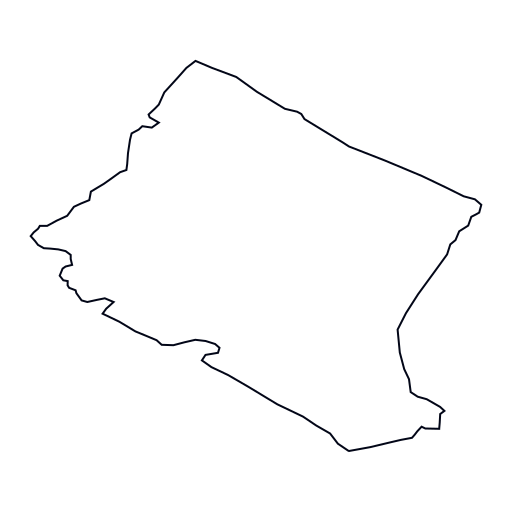 the district of Lycksele, Västerbotten, Sweden
{"feature_id": "70781695B44534775351427", "entity_name": "Lycksele", "entity_type": "district", "adm_level": 2, "iso_a3": "SWE", "parent_name": "Sweden", "parent_adm1": "Västerbotten", "projection": "robinson", "projection_center": [18.314, 64.665], "detail": "fine", "context": "isolated", "style": "outline", "palette": "ink", "viewbox_px": 512, "rotation_deg": 0, "n_neighbors": 0, "source": "geoboundaries", "source_scale": "gbopen_adm2", "svg_char_len": 1636}
<svg xmlns="http://www.w3.org/2000/svg" viewBox="0 0 512 512"><path d="M142.3,126.2L138.7,129.6L131.6,133.4L130.0,139.8L128.0,153.1L127.2,164.0L126.4,170.0L120.1,172.2L111.8,178.2L103.9,183.8L90.9,191.6L89.3,200.1L81.0,203.5L73.9,206.8L67.2,215.8L56.6,220.7L47.1,225.9L39.8,225.9L38.1,228.7L33.7,232.4L30.7,236.1L35.1,241.1L38.0,244.9L43.8,248.2L50.3,248.6L58.3,249.4L65.6,251.1L70.7,254.9L70.7,259.0L72.1,264.9L65.6,266.5L62.6,268.6L59.7,275.7L63.3,280.3L67.7,281.1L67.6,285.3L69.1,287.8L75.6,290.3L76.4,293.2L81.6,300.4L87.3,302.0L96.8,299.9L104.8,298.3L113.6,302.0L106.2,308.7L102.6,313.7L119.3,321.7L135.4,331.4L145.6,335.6L156.6,340.2L161.7,344.8L173.4,345.2L184.4,342.3L195.3,339.8L205.6,341.0L215.1,344.0L219.5,347.8L218.0,352.8L205.5,354.9L201.9,360.4L211.4,367.1L228.2,375.1L248.7,387.0L277.3,404.3L303.0,416.6L316.2,425.5L330.1,433.5L337.9,443.7L348.7,451.0L348.4,451.1L370.4,447.1L390.1,442.4L400.8,439.9L412.0,437.8L414.7,434.7L417.3,431.3L421.6,426.7L425.3,428.5L439.2,428.8L439.2,428.7L439.7,422.9L440.2,414.0L444.4,410.9L440.1,406.9L426.7,399.2L417.7,396.7L410.7,392.1L409.0,379.2L404.2,369.1L399.8,352.5L397.6,329.6L406.0,313.1L418.1,294.2L435.5,270.4L447.1,254.4L450.3,244.4L455.5,240.1L459.2,231.3L468.2,225.6L471.3,216.8L476.0,214.4L479.2,212.6L481.3,204.8L474.9,199.3L463.7,196.3L446.2,187.6L421.7,175.9L385.1,160.6L349.0,146.5L342.7,142.4L320.9,129.1L304.5,119.1L301.3,114.0L297.1,111.7L284.9,108.8L256.9,91.8L236.3,77.0L212.0,67.9L195.5,60.9L186.4,67.9L177.7,77.7L164.3,92.4L158.8,104.6L155.1,108.4L148.6,114.5L149.7,117.4L158.8,122.6L151.8,127.6L142.3,126.2Z" fill="none" stroke="#020617" stroke-width="2"/></svg>